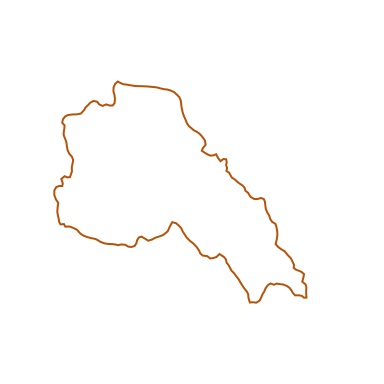 outline of Alterosa, Minas Gerais, Brazil, rotated 204°
{"feature_id": "56859067B56058973822386", "entity_name": "Alterosa", "entity_type": "district", "adm_level": 2, "iso_a3": "BRA", "parent_name": "Brazil", "parent_adm1": "Minas Gerais", "projection": "mercator", "projection_center": [-46.171, -21.233], "detail": "fine", "context": "isolated", "style": "outline", "palette": "amber", "viewbox_px": 384, "rotation_deg": 204, "n_neighbors": 0, "source": "geoboundaries", "source_scale": "gbopen_adm2", "svg_char_len": 3082}
<svg xmlns="http://www.w3.org/2000/svg" viewBox="0 0 384 384"><g transform="rotate(204 192 192)"><path d="M316.7,150.7L313.6,147.4L312.9,144.7L315.7,143.5L318.0,141.3L318.4,137.5L316.6,133.3L313.3,129.9L309.8,127.7L308.5,123.3L307.0,119.1L305.0,116.1L302.8,113.2L301.4,110.9L299.0,108.9L296.0,110.6L293.6,108.8L290.1,110.6L285.8,110.9L281.7,110.7L277.1,108.6L273.5,108.0L269.7,108.2L265.5,108.8L261.2,109.8L258.5,109.7L255.5,109.2L250.9,109.5L246.7,110.7L243.9,111.9L240.9,112.8L237.6,113.5L235.3,115.3L231.7,116.6L227.8,116.2L224.7,117.3L222.4,119.5L222.0,122.7L222.5,125.4L222.1,128.8L220.0,130.7L216.2,130.3L212.2,129.7L209.4,132.1L206.8,135.4L203.4,138.4L200.8,141.1L198.2,146.2L198.2,151.3L197.8,156.4L194.0,157.0L190.4,156.0L187.2,154.6L184.2,152.0L181.3,150.2L178.8,148.5L174.3,146.6L170.1,145.6L165.1,143.5L161.4,141.1L159.4,139.2L156.4,138.3L152.0,139.6L148.4,138.7L146.1,140.0L143.2,142.6L141.7,146.5L136.7,145.7L133.7,144.3L131.6,141.5L128.9,140.1L126.7,138.4L123.9,136.2L120.3,134.8L117.1,132.9L113.8,131.2L110.6,128.8L108.0,127.1L105.2,125.3L101.0,123.1L98.9,121.2L97.4,118.3L94.2,114.6L91.2,116.2L88.3,117.0L86.0,120.4L85.9,124.3L86.0,127.5L85.5,130.2L85.6,134.0L84.8,137.8L83.0,140.4L79.5,140.6L77.3,142.8L74.6,143.5L71.0,144.6L66.9,144.7L63.9,144.1L61.5,142.8L59.0,141.0L55.8,139.5L52.4,141.1L49.3,141.8L46.8,141.0L44.5,142.1L46.4,145.7L47.8,148.8L48.8,151.6L50.6,153.7L54.8,154.9L55.3,158.4L56.2,162.5L59.3,163.5L62.5,163.5L65.4,163.3L68.2,164.0L69.2,167.0L72.0,169.4L74.8,171.7L77.4,172.7L79.9,173.8L83.1,175.5L87.2,176.0L90.5,176.7L94.4,178.4L95.4,183.6L96.4,187.2L97.9,190.3L100.2,193.8L102.8,196.8L106.6,197.3L109.5,199.1L111.9,201.9L114.9,203.9L117.8,206.7L119.9,210.2L121.6,213.0L123.6,214.8L126.7,214.5L129.5,212.0L132.6,210.9L136.6,211.4L140.5,214.1L143.8,214.9L145.6,217.2L148.5,218.5L151.6,219.0L154.3,219.6L157.7,220.8L161.5,221.4L165.9,224.7L169.2,225.3L169.7,228.2L171.8,230.4L172.4,233.3L174.1,235.8L176.7,234.9L178.5,231.8L182.1,233.7L185.3,236.3L187.6,234.0L190.1,232.7L193.4,232.7L196.7,233.1L199.8,233.7L199.9,236.7L198.8,240.8L201.1,244.2L203.7,245.9L206.2,247.2L209.2,248.4L212.3,249.0L215.4,249.1L218.3,250.0L221.6,250.9L224.4,252.6L227.2,255.3L230.2,258.0L232.7,260.7L234.6,263.2L236.5,265.9L238.0,268.6L239.5,271.0L242.0,273.4L244.9,274.6L249.1,276.0L252.9,276.0L256.5,275.5L259.4,274.5L263.1,273.8L266.5,273.3L269.4,272.4L272.1,271.5L276.4,270.0L280.2,268.5L284.3,266.8L287.0,265.7L289.7,265.0L292.3,264.3L295.9,263.4L298.6,262.5L301.6,262.5L304.8,262.7L306.2,259.5L306.2,255.6L304.6,251.8L302.5,249.4L300.3,245.8L298.9,241.7L299.6,238.8L302.4,237.5L306.0,237.1L308.7,234.3L312.4,234.3L315.4,235.9L319.0,235.1L321.3,232.1L322.5,228.6L323.6,226.1L323.9,223.0L325.4,218.5L328.8,216.1L332.4,214.4L336.3,212.1L338.6,209.5L339.5,205.8L338.7,202.4L335.5,201.0L334.4,197.9L333.5,194.6L332.5,192.0L330.5,189.9L328.4,187.9L326.7,185.9L324.9,182.9L322.8,179.8L319.8,177.1L316.2,175.5L313.5,172.9L312.6,169.0L311.9,165.7L310.1,162.1L309.8,158.9L309.5,155.9L312.0,154.6L314.8,154.6L316.7,150.7Z" fill="none" stroke="#b45309" stroke-width="2"/></g></svg>